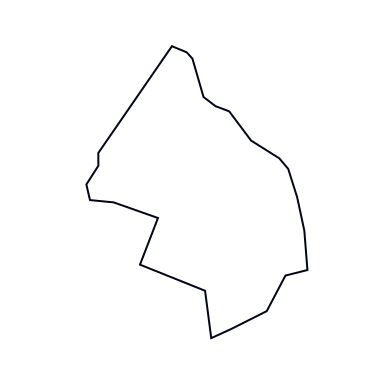 SVG path tracing the border of Flacq, rotated 339°
{"feature_id": "MUS-5184", "entity_name": "Flacq", "entity_type": "District", "adm_level": 1, "iso_a3": "MUS", "parent_name": "Mauritius", "parent_adm1": "", "projection": "natural_earth1", "projection_center": [57.71, -20.212], "detail": "fine", "context": "isolated", "style": "outline", "palette": "ink", "viewbox_px": 384, "rotation_deg": 339, "n_neighbors": 0, "source": "natural_earth", "source_scale": "10m", "svg_char_len": 471}
<svg xmlns="http://www.w3.org/2000/svg" viewBox="0 0 384 384"><g transform="rotate(339 192 192)"><path d="M225.5,48.7L237.1,59.7L240.2,67.7L236.8,107.5L244.8,120.4L255.6,130.0L265.6,165.2L285.6,191.9L290.1,204.9L288.3,234.6L283.0,268.4L271.8,306.2L249.3,303.5L219.1,330.0L178.8,334.0L157.6,335.3L168.8,288.9L117.4,241.2L150.9,204.1L115.1,173.6L93.9,163.0L94.5,158.2L96.1,147.1L114.0,133.9L118.5,122.0L225.5,48.7Z" fill="none" stroke="#020617" stroke-width="2"/></g></svg>